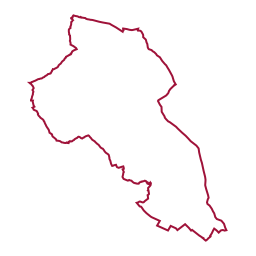 Topliceni, Buzau, Romania (Equal Earth projection)
{"feature_id": "2599482B88464222804785", "entity_name": "Topliceni", "entity_type": "district", "adm_level": 2, "iso_a3": "ROU", "parent_name": "Romania", "parent_adm1": "Buzau", "projection": "equal_earth", "projection_center": [26.955, 45.438], "detail": "fine", "context": "isolated", "style": "outline", "palette": "rose", "viewbox_px": 256, "rotation_deg": 0, "n_neighbors": 0, "source": "geoboundaries", "source_scale": "gbopen_adm2", "svg_char_len": 5599}
<svg xmlns="http://www.w3.org/2000/svg" viewBox="0 0 256 256"><path d="M210.3,236.7L210.1,236.2L210.4,236.0L210.2,235.8L211.8,233.3L213.2,230.3L214.2,228.6L216.2,230.1L217.4,231.2L218.7,232.6L220.8,230.5L221.3,230.3L222.9,230.0L224.6,230.6L226.4,230.2L225.2,227.6L224.0,223.8L221.4,220.7L216.8,219.0L215.3,217.1L214.2,213.3L212.9,211.2L211.8,208.8L209.6,205.6L207.5,204.0L207.0,202.3L207.8,199.3L208.6,197.8L208.1,195.3L206.2,189.1L205.3,185.7L205.2,185.0L205.5,180.8L205.5,179.5L205.1,176.8L203.6,170.8L201.9,162.9L200.9,159.8L199.2,152.6L198.6,148.4L196.4,145.6L190.7,141.2L188.1,138.3L185.7,135.8L181.9,132.5L177.8,128.6L176.1,126.8L169.7,122.1L168.2,121.4L166.0,119.1L164.8,117.6L164.6,116.5L161.7,111.8L161.5,106.9L159.9,104.7L158.0,101.0L158.4,100.2L165.7,95.8L166.5,95.2L167.1,94.4L168.0,93.5L168.4,92.8L169.0,91.0L170.3,89.1L173.6,85.9L174.5,85.3L174.4,85.1L174.4,84.9L175.7,84.4L173.9,81.3L172.8,77.7L172.5,76.6L172.0,75.5L168.9,69.8L167.4,67.4L166.2,65.3L165.0,64.2L162.1,60.8L159.9,57.3L156.9,55.3L156.2,54.1L154.3,52.2L152.6,51.2L151.6,50.1L148.9,49.2L148.4,48.7L147.8,47.5L147.3,43.9L146.6,42.6L145.9,39.9L145.7,39.5L143.2,37.2L143.2,35.4L143.0,34.5L141.5,31.8L141.1,31.3L140.1,30.7L139.6,30.6L137.9,30.6L137.7,30.3L137.7,29.9L138.1,28.7L132.7,30.0L131.7,30.1L129.5,29.8L127.0,29.1L123.1,28.5L123.0,28.9L123.2,29.3L123.3,29.9L123.5,30.2L123.5,30.4L123.4,30.5L123.2,30.5L123.1,30.9L122.7,31.2L122.6,31.7L116.0,27.4L111.5,24.9L109.6,23.7L102.8,22.5L99.0,21.7L92.6,20.0L90.9,19.8L90.4,19.8L89.3,19.5L87.3,19.2L86.1,18.8L85.4,18.1L82.1,17.6L80.9,17.1L80.9,17.5L79.5,17.2L78.9,17.1L77.7,16.4L75.0,15.9L73.5,15.4L73.4,15.5L73.2,15.6L72.9,16.4L72.7,16.4L72.5,16.7L72.5,17.6L72.1,17.8L71.6,17.8L71.1,18.1L71.2,18.5L71.5,18.8L72.1,18.9L72.5,19.6L72.9,20.1L72.7,20.2L72.7,20.4L71.7,21.8L71.3,22.0L71.3,22.3L71.2,22.6L71.2,24.2L70.7,26.1L70.4,26.4L70.3,27.0L70.5,27.8L70.5,28.0L69.5,28.7L68.9,29.5L68.8,31.0L68.9,32.1L69.0,32.7L69.0,32.8L69.2,33.5L69.1,34.4L69.3,34.7L69.5,34.9L69.6,35.2L70.0,35.5L70.2,39.1L70.1,40.1L69.9,40.8L70.0,40.9L70.6,43.2L70.5,44.6L73.4,46.1L76.1,48.1L76.7,49.2L74.2,50.2L72.5,51.2L72.1,51.6L71.9,52.3L71.4,53.2L70.8,53.5L71.0,54.1L70.6,54.5L69.8,54.7L69.3,55.1L68.9,55.1L67.5,56.1L66.7,56.4L66.0,56.8L65.9,57.6L64.8,58.4L64.6,58.7L64.4,59.5L64.1,59.9L62.4,61.3L62.0,61.7L60.8,63.5L60.5,63.8L59.6,64.4L59.1,64.9L58.6,65.4L58.1,66.6L57.4,67.3L56.2,68.0L55.1,68.5L54.1,69.1L53.3,69.3L52.9,69.2L52.8,69.7L51.9,70.7L51.9,71.3L51.3,72.1L51.0,72.8L50.5,73.5L49.9,73.5L48.9,74.0L48.1,74.0L46.7,75.3L45.3,76.0L44.1,77.1L43.0,77.5L41.8,78.4L41.3,78.5L40.2,78.6L39.5,79.0L38.3,79.1L35.0,80.8L33.6,81.3L32.4,81.9L31.8,82.0L30.4,82.9L29.6,82.9L30.5,83.7L31.2,84.0L31.8,85.0L32.7,85.9L32.7,86.1L33.5,87.5L33.6,87.9L33.6,88.4L32.6,89.7L32.5,89.9L32.5,90.1L32.7,90.5L33.3,91.3L33.4,91.8L32.9,93.1L32.9,94.3L32.0,96.8L31.8,98.1L31.0,99.9L31.0,100.5L32.9,100.6L32.7,101.3L32.8,102.1L33.6,105.5L34.4,106.7L32.5,107.7L33.1,108.3L33.4,109.0L33.6,109.6L34.0,109.9L36.6,111.0L37.2,111.8L37.4,112.5L38.1,113.5L37.9,114.5L38.5,115.4L38.7,115.8L39.6,116.6L40.4,117.7L42.8,119.4L43.5,120.2L43.8,121.1L44.3,121.5L44.6,122.6L45.0,123.3L45.3,124.1L45.6,124.5L46.3,126.1L47.1,127.4L47.6,128.0L47.7,128.4L48.6,129.5L49.3,131.7L49.5,132.7L50.3,133.2L51.2,133.9L51.5,133.9L51.7,134.1L52.1,134.7L52.1,135.2L52.5,136.3L53.0,136.8L54.3,137.8L56.1,139.4L56.5,140.6L58.5,140.8L60.1,141.2L61.8,142.4L63.0,142.5L63.5,142.7L64.3,142.9L65.7,143.0L66.5,142.6L66.5,142.8L66.8,142.9L68.6,143.1L68.9,142.3L68.9,141.7L69.8,141.2L69.9,141.4L70.5,141.5L71.6,141.4L72.2,141.2L72.4,140.8L74.0,140.0L74.5,139.3L75.8,138.5L77.1,137.9L78.1,136.9L78.7,136.7L79.6,137.0L80.5,137.6L81.0,138.1L82.2,138.5L83.3,137.7L84.0,137.5L84.2,137.2L85.7,136.3L88.3,135.4L89.0,135.8L90.0,137.1L91.0,138.1L92.0,139.5L92.5,139.9L94.8,141.4L95.5,142.3L95.9,142.6L97.5,144.1L98.5,144.7L100.6,147.5L101.8,148.3L102.8,148.7L104.1,150.4L104.5,151.2L105.8,152.7L108.0,154.2L108.5,154.6L108.8,155.2L109.4,157.5L109.3,157.8L109.6,159.4L110.2,160.4L110.6,161.8L110.7,162.3L110.8,162.6L111.0,163.6L112.1,165.9L112.7,165.9L112.9,165.7L114.6,165.1L116.0,164.8L116.7,166.6L117.1,167.2L118.7,167.8L122.4,166.6L123.3,166.4L123.7,167.7L123.8,168.8L122.6,169.3L123.8,171.9L123.8,172.2L123.3,172.9L123.1,174.5L122.5,176.9L123.6,178.9L127.7,180.6L128.0,180.6L128.1,180.4L129.2,180.0L129.7,180.3L131.0,180.6L131.5,180.7L132.4,181.7L133.8,182.8L134.3,182.9L134.5,183.0L135.3,183.3L135.7,183.2L136.7,183.6L138.4,183.7L138.8,183.6L139.2,182.8L139.6,182.4L142.5,181.5L142.4,181.4L144.0,181.1L144.8,180.7L146.1,181.2L146.3,181.5L146.8,181.9L146.7,182.0L146.8,182.1L147.1,182.2L147.0,182.4L147.4,182.5L147.5,182.8L147.3,182.8L147.3,183.0L147.3,183.3L147.7,183.4L147.7,183.7L148.7,184.1L149.3,184.3L149.6,184.1L149.8,183.7L149.7,183.1L150.2,183.2L150.4,183.1L150.5,182.7L150.9,183.2L150.6,185.1L150.3,185.5L149.9,186.1L148.1,188.0L148.2,189.2L148.1,190.2L147.9,190.5L148.2,190.7L148.5,190.7L149.0,193.9L148.8,194.3L147.6,195.2L147.8,195.8L148.1,198.6L144.8,201.1L144.1,201.8L144.0,202.0L143.2,202.4L142.6,202.4L140.0,201.5L139.8,201.5L139.2,201.7L138.1,202.4L136.7,202.8L139.7,206.4L140.9,206.6L141.6,207.3L143.7,210.4L146.5,213.2L150.7,216.6L151.9,217.3L159.8,220.9L157.1,225.6L168.0,230.5L170.7,225.9L175.9,228.3L176.5,229.0L177.4,230.1L185.1,224.2L188.8,227.8L191.1,230.6L191.3,230.5L192.1,229.9L193.6,231.1L199.7,235.9L200.0,236.0L201.9,237.3L202.2,237.5L202.6,237.7L203.0,237.9L202.8,238.1L203.5,238.6L203.8,239.0L205.7,240.6L206.0,240.5L206.2,240.2L207.2,239.6L207.7,239.0L208.5,238.1L209.4,237.5L210.3,236.7Z" fill="none" stroke="#9f1239" stroke-width="2"/></svg>